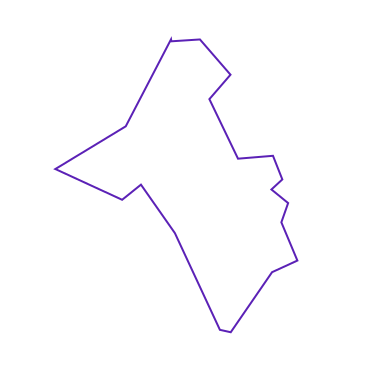 Leer, Unity, South Sudan, rotated 145°
{"feature_id": "79223893B69853556807394", "entity_name": "Leer", "entity_type": "district", "adm_level": 2, "iso_a3": "SSD", "parent_name": "South Sudan", "parent_adm1": "Unity", "projection": "albers", "projection_center": [30.206, 8.187], "detail": "fine", "context": "isolated", "style": "outline", "palette": "violet", "viewbox_px": 384, "rotation_deg": 145, "n_neighbors": 0, "source": "geoboundaries", "source_scale": "gbopen_adm2", "svg_char_len": 412}
<svg xmlns="http://www.w3.org/2000/svg" viewBox="0 0 384 384"><g transform="rotate(145 192 192)"><path d="M290.8,289.2L253.7,225.7L229.6,227.3L229.6,168.1L248.2,63.1L240.7,54.9L172.4,80.4L145.0,75.4L136.2,115.9L119.6,127.8L125.5,148.5L110.8,150.5L104.9,175.2L135.2,192.9L124.5,258.1L93.2,266.0L98.0,312.4L122.5,327.3L121.6,329.1L208.6,283.8L290.8,289.2Z" fill="none" stroke="#5b21b6" stroke-width="2"/></g></svg>